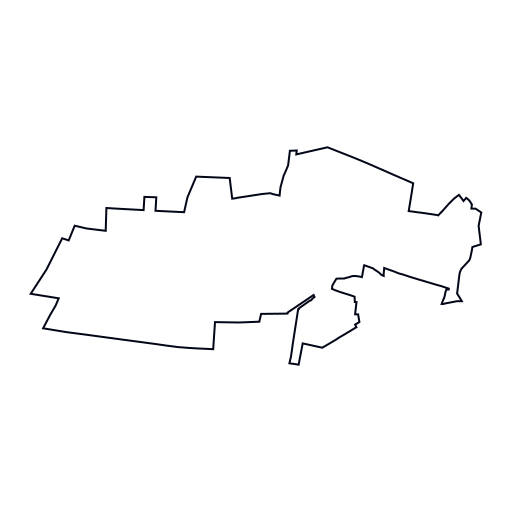 Tetiz, Yucatán, Mexico (Natural Earth projection)
{"feature_id": "50627088B31181916661146", "entity_name": "Tetiz", "entity_type": "district", "adm_level": 2, "iso_a3": "MEX", "parent_name": "Mexico", "parent_adm1": "Yucatán", "projection": "natural_earth1", "projection_center": [-89.981, 20.956], "detail": "fine", "context": "isolated", "style": "outline", "palette": "ink", "viewbox_px": 512, "rotation_deg": 0, "n_neighbors": 0, "source": "geoboundaries", "source_scale": "gbopen_adm2", "svg_char_len": 3163}
<svg xmlns="http://www.w3.org/2000/svg" viewBox="0 0 512 512"><path d="M459.6,273.5L459.6,273.3L460.3,271.2L461.4,268.9L461.7,268.5L465.6,264.3L469.3,260.3L470.3,257.7L471.0,254.4L471.9,250.3L472.4,247.0L480.8,244.4L480.8,244.1L480.5,241.2L480.1,238.0L479.7,234.8L479.3,231.6L479.0,228.8L478.6,225.8L478.7,225.7L479.3,222.3L480.0,219.0L480.7,215.4L481.2,212.9L481.3,212.5L475.8,208.8L475.6,208.7L471.4,208.6L471.9,204.6L470.1,201.6L469.3,200.5L469.2,200.5L468.4,199.7L467.6,198.9L466.2,197.9L466.1,198.1L463.5,201.0L462.3,199.3L461.4,198.1L460.8,197.3L460.6,197.1L460.0,196.3L459.5,195.6L458.9,194.9L454.4,198.3L449.2,203.4L441.3,212.3L441.2,212.2L438.3,215.3L438.2,215.2L430.9,214.1L427.4,213.6L424.9,213.2L423.8,213.1L420.4,212.6L416.9,212.2L413.6,211.7L410.3,211.3L408.7,211.1L412.0,191.0L412.0,190.8L413.2,183.3L410.5,182.1L392.4,174.3L391.1,173.7L387.9,172.3L383.4,170.3L383.0,170.1L378.8,168.3L366.9,163.1L353.1,157.4L327.5,147.3L316.9,149.7L300.3,153.5L296.3,154.4L296.7,150.5L289.9,150.8L288.1,165.4L284.4,174.2L283.8,175.2L280.5,187.3L280.0,191.5L279.6,195.6L272.8,194.1L270.3,193.2L262.2,194.0L237.3,197.8L236.3,198.1L232.2,198.7L230.1,181.4L229.7,178.0L196.2,176.6L188.6,194.6L187.4,197.5L184.1,212.2L155.5,210.8L156.3,197.3L144.4,196.9L143.6,210.1L116.0,208.6L106.4,208.0L105.7,230.8L86.6,228.5L74.7,225.7L68.7,240.4L62.2,238.3L46.5,269.5L30.7,293.8L58.7,298.3L55.6,305.6L50.0,315.2L43.1,328.3L66.3,332.1L85.5,334.6L110.6,338.0L111.4,338.1L123.9,339.8L155.4,344.0L168.0,345.8L168.7,345.8L169.6,346.0L178.2,347.1L189.9,348.0L198.5,348.5L205.5,348.8L213.2,349.2L215.0,322.1L238.9,322.5L259.3,321.7L261.1,313.9L287.5,313.6L287.7,312.5L313.6,295.0L314.5,297.0L312.3,298.8L311.2,300.3L309.9,300.6L299.1,308.2L298.9,309.0L298.2,309.1L297.7,312.1L292.6,345.0L292.0,349.7L290.8,357.6L290.6,358.2L289.4,363.3L291.2,363.6L293.2,363.8L293.3,363.8L298.6,364.7L299.3,361.1L302.7,343.4L322.3,347.7L323.8,346.8L326.1,345.5L336.9,339.1L337.3,338.7L339.7,337.2L344.7,334.3L345.4,333.9L347.2,332.7L349.5,331.4L356.4,327.2L355.1,324.6L357.8,323.0L359.4,322.0L359.1,320.1L358.1,314.4L355.1,314.3L356.5,302.1L354.8,302.0L354.6,296.7L351.5,295.6L348.5,294.6L346.1,293.9L339.8,291.9L336.8,290.8L335.4,290.3L331.9,288.8L332.4,285.4L336.4,278.7L339.6,278.5L343.2,278.5L344.4,278.5L345.7,277.9L347.9,277.5L352.3,276.1L353.7,276.0L355.3,276.0L356.3,276.1L358.4,276.4L359.4,276.5L359.7,276.6L360.6,276.8L361.9,277.1L362.3,275.2L364.1,265.3L364.2,265.2L373.1,268.4L373.7,268.9L374.7,269.7L375.9,270.5L376.6,270.9L379.1,272.7L379.7,273.3L379.9,273.5L380.5,274.0L381.1,274.5L381.4,274.8L381.8,275.0L382.2,275.3L382.7,275.5L383.1,275.7L383.7,275.9L383.6,274.6L384.2,268.0L394.1,271.5L398.3,273.2L399.8,273.7L402.9,274.5L409.8,276.8L413.4,277.9L419.3,279.7L422.1,280.5L423.5,280.9L426.1,281.7L427.3,282.1L429.2,282.6L431.1,283.2L437.9,285.2L441.3,286.1L443.9,287.0L448.8,288.6L448.7,289.5L446.4,289.6L445.5,291.8L445.4,292.4L445.1,294.2L444.8,295.3L444.2,297.9L443.9,298.6L443.1,300.0L441.7,304.0L444.0,303.9L444.6,303.6L446.5,303.2L453.4,301.9L456.8,301.2L461.8,301.2L459.6,297.5L457.1,293.6L458.1,285.4L459.1,277.0L459.6,273.5Z" fill="none" stroke="#020617" stroke-width="2"/></svg>